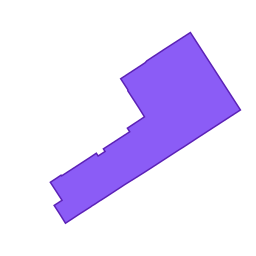 the district of Lincoln, Wyoming, United States of America, rotated 237°
{"feature_id": "52423323B30273170128574", "entity_name": "Lincoln", "entity_type": "district", "adm_level": 2, "iso_a3": "USA", "parent_name": "United States of America", "parent_adm1": "Wyoming", "projection": "equal_earth", "projection_center": [-110.817, 42.447], "detail": "fine", "context": "isolated", "style": "filled", "palette": "violet", "viewbox_px": 256, "rotation_deg": 237, "n_neighbors": 0, "source": "geoboundaries", "source_scale": "gbopen_adm2", "svg_char_len": 819}
<svg xmlns="http://www.w3.org/2000/svg" viewBox="0 0 256 256"><g transform="rotate(237 128 128)"><path d="M174.1,232.3L174.2,201.2L174.1,180.5L173.4,177.7L173.3,148.7L160.3,148.7L159.2,148.1L139.1,148.1L128.4,147.9L128.2,127.4L123.9,127.4L123.9,96.0L120.8,96.0L120.8,87.7L124.1,87.7L124.0,80.1L124.0,46.3L124.9,46.2L124.8,33.3L103.3,33.3L103.3,23.9L92.9,23.9L82.2,23.7L82.3,38.0L82.3,38.7L82.3,39.3L82.3,40.2L82.2,52.7L82.2,53.2L82.2,53.4L82.2,54.1L82.3,54.8L82.3,55.8L82.3,56.0L82.3,56.4L82.2,57.8L82.3,58.2L82.3,58.4L82.2,58.6L82.2,59.0L82.3,64.3L82.3,65.0L82.2,65.6L82.2,66.9L82.2,76.3L82.3,94.5L82.0,111.3L81.9,119.5L81.9,120.6L81.9,139.3L81.9,147.5L81.9,157.9L81.9,159.3L81.8,163.4L81.8,164.2L81.9,181.2L81.9,207.9L81.9,232.1L125.0,232.2L174.1,232.3Z" fill="#8b5cf6" stroke="#5b21b6" stroke-width="1.5"/></g></svg>